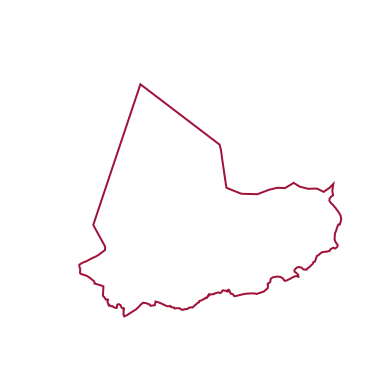 Huautepec, Oaxaca, Mexico (orthographic projection), rotated 248°
{"feature_id": "50627088B22205317391401", "entity_name": "Huautepec", "entity_type": "district", "adm_level": 2, "iso_a3": "MEX", "parent_name": "Mexico", "parent_adm1": "Oaxaca", "projection": "orthographic", "projection_center": [-96.804, 18.07], "detail": "fine", "context": "isolated", "style": "outline", "palette": "rose", "viewbox_px": 384, "rotation_deg": 248, "n_neighbors": 0, "source": "geoboundaries", "source_scale": "gbopen_adm2", "svg_char_len": 4878}
<svg xmlns="http://www.w3.org/2000/svg" viewBox="0 0 384 384"><g transform="rotate(248 192 192)"><path d="M143.5,67.5L143.1,68.1L138.9,73.3L137.7,74.5L134.4,73.0L129.1,70.5L127.9,71.1L127.3,71.2L125.8,71.7L125.3,71.6L124.6,71.8L124.2,72.7L124.0,73.3L123.6,73.8L122.6,73.1L121.9,72.4L120.5,72.4L119.5,72.6L118.9,72.2L118.5,72.3L118.1,72.4L118.4,72.8L118.0,73.1L117.8,73.3L117.5,73.4L117.1,73.5L116.7,73.8L116.5,74.1L116.3,74.3L116.2,74.5L116.1,75.1L116.0,75.4L115.8,75.5L115.6,75.7L115.1,75.9L114.8,76.1L114.5,76.3L112.8,78.3L112.7,78.6L112.8,78.8L113.0,79.0L113.7,79.4L115.4,80.4L115.5,80.7L115.6,80.9L115.4,82.1L115.3,82.3L114.9,82.5L114.6,82.8L114.3,83.1L114.1,83.2L113.5,83.3L112.9,83.4L112.6,83.3L112.0,83.3L111.6,83.4L110.8,83.7L110.3,83.9L110.1,84.1L110.0,84.3L110.0,84.6L110.0,84.8L109.9,85.1L109.5,85.3L109.1,85.2L108.9,85.1L108.6,84.9L108.4,84.7L108.0,84.4L107.9,84.2L107.6,84.1L107.3,84.1L107.1,83.9L106.7,83.7L106.3,83.7L105.7,83.4L104.1,82.5L102.9,82.6L102.0,82.6L102.2,85.0L102.2,85.9L102.6,87.8L102.8,88.7L103.6,93.2L104.1,96.2L104.5,97.1L105.3,99.3L106.2,101.1L106.6,101.8L107.7,105.0L105.7,108.5L104.3,109.5L104.0,110.1L103.8,110.6L102.0,110.9L101.0,115.1L104.1,117.2L102.3,119.5L100.4,121.5L96.6,125.0L95.7,125.9L95.4,126.4L95.1,126.8L94.9,127.2L94.6,128.0L94.7,128.9L94.2,129.3L93.7,129.6L93.3,129.5L92.9,130.0L92.1,131.0L91.9,131.2L91.8,131.5L91.7,132.0L90.5,132.3L90.2,133.8L89.6,135.3L89.0,136.8L87.9,137.5L86.6,138.5L86.1,139.9L86.3,141.0L85.9,141.4L85.6,142.6L85.6,143.4L85.3,144.2L85.5,144.9L85.9,146.1L85.4,147.1L85.4,148.2L84.7,149.2L85.4,151.1L86.3,153.2L86.3,154.0L86.9,155.0L87.1,156.4L87.1,157.2L88.1,157.8L88.2,158.5L88.0,159.7L88.0,160.9L88.3,162.4L88.3,163.1L88.3,164.3L88.6,164.5L88.9,164.7L88.8,165.2L88.7,165.6L88.8,166.0L88.7,166.2L88.4,166.2L88.3,166.4L88.5,166.5L89.0,167.0L89.1,167.6L89.5,167.7L89.6,168.2L89.8,168.2L89.8,168.5L90.1,168.5L90.3,168.7L90.3,169.0L90.0,169.4L90.8,169.8L90.3,170.5L89.8,171.3L89.5,173.2L89.5,173.9L89.1,174.1L89.2,174.4L89.4,175.8L89.2,177.3L89.0,179.0L87.9,179.9L87.8,181.3L88.1,181.9L89.2,183.2L89.3,183.9L88.9,184.4L88.4,184.9L88.2,185.6L87.9,186.2L87.9,186.5L87.6,186.8L87.1,186.9L87.0,187.2L86.6,187.3L86.5,187.8L86.3,187.9L86.3,188.2L86.8,188.4L87.2,188.7L87.7,188.9L87.6,189.4L87.1,189.6L86.6,189.8L85.4,189.8L84.0,189.8L83.3,189.7L82.9,190.4L82.6,190.9L82.0,191.4L81.4,191.8L80.6,191.9L80.1,191.9L79.7,192.2L79.5,192.6L79.1,193.8L78.7,196.9L78.4,198.9L78.2,200.4L77.5,203.9L75.9,208.7L74.3,212.4L73.3,213.5L73.2,214.7L72.8,221.5L73.3,222.4L73.6,223.5L73.9,224.6L74.2,225.1L74.2,225.7L74.5,226.0L74.8,226.4L75.8,227.0L76.9,227.6L77.9,227.4L78.7,228.0L78.9,229.0L78.9,229.8L79.1,230.5L79.5,231.0L80.8,231.7L82.1,232.6L82.6,234.8L82.2,237.1L81.7,239.3L80.2,242.1L78.1,243.8L75.0,244.6L74.7,245.4L74.5,246.9L74.8,250.5L75.3,254.8L75.0,257.2L73.5,258.9L73.9,259.1L76.1,259.3L78.2,258.2L79.4,257.4L80.3,257.3L81.1,257.7L81.8,258.6L82.6,260.7L82.6,262.2L82.1,263.5L80.9,265.2L80.0,265.6L78.7,266.1L78.3,266.5L77.9,267.3L77.6,268.3L77.1,268.8L77.0,269.2L77.2,269.4L77.7,270.1L78.0,270.8L78.1,271.9L79.9,276.4L80.4,277.4L81.6,278.4L81.3,279.6L82.6,281.0L85.0,283.0L85.9,283.7L85.9,284.3L86.0,285.3L86.4,286.5L86.9,287.7L87.4,289.8L87.2,291.2L87.0,292.1L86.8,293.3L86.3,294.0L86.2,294.8L86.1,295.4L86.1,296.2L85.9,296.9L85.8,297.5L86.1,297.8L87.0,298.7L87.0,299.8L87.4,301.2L87.3,302.4L86.7,302.8L86.1,303.2L86.1,303.9L86.5,305.5L86.8,306.1L87.3,306.7L87.8,307.0L88.4,307.2L90.6,306.6L91.9,306.4L92.7,306.4L93.5,306.4L94.7,306.5L95.8,306.9L96.6,307.4L97.8,307.9L100.4,309.3L102.2,311.3L103.9,312.5L105.0,313.5L105.4,314.1L106.2,314.5L107.1,315.6L106.4,316.8L108.3,318.3L110.1,319.7L111.5,320.4L112.2,320.4L112.8,320.5L113.7,320.9L116.2,320.7L117.7,320.5L118.7,320.3L120.8,319.8L122.0,319.4L122.9,319.3L123.5,319.1L125.7,318.3L127.4,317.8L129.2,316.9L129.7,316.7L132.3,316.1L133.4,316.6L134.4,317.1L135.3,318.7L135.9,320.6L136.1,321.6L139.7,322.3L140.8,322.7L143.0,323.9L145.1,325.2L146.6,326.1L144.3,321.0L143.6,317.5L143.4,316.5L142.8,314.1L144.6,312.5L147.9,309.6L148.8,307.9L149.4,306.6L151.3,301.2L152.5,299.5L153.1,298.6L156.6,293.9L158.5,292.5L162.4,289.7L161.4,283.9L160.8,279.5L162.5,275.9L164.0,272.6L165.2,264.4L165.4,255.8L165.4,251.9L166.8,248.8L170.1,241.1L172.0,237.0L180.1,228.5L183.1,225.5L197.2,228.9L211.5,232.4L220.9,234.8L221.8,234.8L225.6,235.3L311.2,184.5L217.2,104.1L198.4,88.1L173.8,91.0L170.7,89.6L170.0,86.6L168.8,82.3L168.2,78.6L168.1,75.2L168.1,74.9L167.7,71.3L167.3,67.3L167.5,65.3L166.9,60.4L166.3,60.1L165.3,59.7L164.9,59.7L164.3,59.6L163.4,59.6L162.8,59.6L162.5,59.5L162.0,59.2L161.5,59.0L160.8,58.8L160.4,58.7L160.0,58.4L159.6,58.1L159.2,57.9L158.6,57.9L157.8,58.2L157.1,58.9L156.7,59.5L155.4,60.9L155.0,61.5L154.5,62.1L154.2,62.5L153.5,63.1L151.2,64.8L150.3,65.4L148.9,66.1L146.4,67.5L143.9,67.9L143.7,67.8L143.5,67.5Z" fill="none" stroke="#9f1239" stroke-width="2"/></g></svg>